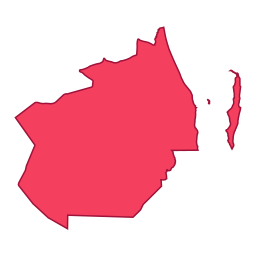 Inhassoro, Inhambane, Mozambique
{"feature_id": "85939544B58581363474884", "entity_name": "Inhassoro", "entity_type": "district", "adm_level": 2, "iso_a3": "MOZ", "parent_name": "Mozambique", "parent_adm1": "Inhambane", "projection": "equal_earth", "projection_center": [35.058, -21.718], "detail": "fine", "context": "isolated", "style": "filled", "palette": "rose", "viewbox_px": 256, "rotation_deg": 0, "n_neighbors": 0, "source": "geoboundaries", "source_scale": "gbopen_adm2", "svg_char_len": 5800}
<svg xmlns="http://www.w3.org/2000/svg" viewBox="0 0 256 256"><path d="M15.4,117.6L34.7,144.8L34.8,145.2L34.8,145.8L34.6,146.1L26.5,165.6L25.3,170.7L25.1,171.0L24.7,171.7L18.8,182.8L18.5,184.1L18.4,184.4L18.5,185.0L18.7,185.4L19.1,186.1L33.0,203.7L48.3,217.8L67.5,228.7L67.7,215.2L133.0,217.2L140.5,209.9L143.2,204.4L161.5,186.2L161.2,180.9L160.9,179.8L163.0,179.9L165.2,179.7L165.6,179.2L166.4,178.9L166.6,178.8L166.7,178.7L166.7,178.2L166.5,177.3L166.4,176.9L166.6,176.3L166.4,175.6L166.2,174.1L165.9,173.3L165.9,172.8L166.1,172.3L166.6,171.8L166.9,171.4L166.7,170.4L166.8,169.8L167.0,169.7L167.3,169.8L168.2,170.6L168.7,170.7L169.6,170.6L170.6,170.2L170.9,169.6L171.1,168.7L171.5,168.2L172.1,167.5L172.8,167.3L173.3,166.8L173.8,166.1L174.8,164.5L175.1,163.7L174.9,163.1L175.0,162.8L175.4,162.4L175.4,160.6L175.3,160.1L175.2,159.8L174.9,159.5L174.8,159.1L174.9,158.5L174.9,158.0L174.7,157.6L174.3,157.1L173.4,154.6L173.0,152.3L172.9,151.9L172.7,151.4L171.8,150.4L198.0,150.2L197.9,149.8L197.5,149.2L197.5,148.8L197.6,147.1L197.7,146.7L197.7,146.3L197.3,146.1L197.2,145.8L197.0,145.4L197.0,144.9L196.7,143.6L196.5,142.0L197.0,135.7L197.4,133.9L197.5,133.9L197.7,133.0L197.8,132.7L197.8,132.3L197.5,131.0L197.0,129.9L196.3,129.3L196.2,128.8L196.1,128.7L195.9,128.2L195.1,127.8L194.9,127.3L194.8,126.7L194.9,126.0L194.9,125.9L194.8,126.1L194.7,126.0L194.5,125.3L194.6,124.3L194.8,122.9L194.8,121.9L195.0,121.4L194.9,120.0L195.4,117.6L195.5,116.4L195.6,115.2L195.6,113.3L195.5,111.9L195.6,111.4L195.9,110.6L195.9,110.3L195.6,109.4L195.7,108.8L195.7,108.5L195.8,107.9L196.2,107.8L196.3,107.7L195.8,107.6L195.4,107.2L195.3,106.9L195.3,106.6L195.3,106.4L195.5,106.1L195.5,105.9L194.2,104.7L193.5,103.2L192.4,99.2L192.1,94.9L191.8,94.5L190.9,92.2L190.0,90.8L184.8,84.4L183.6,82.5L181.2,77.6L179.7,73.5L179.0,71.9L174.1,61.3L171.1,54.3L168.9,48.9L167.3,43.7L165.9,38.6L165.0,34.3L163.7,27.3L162.2,27.8L160.1,28.1L159.6,28.4L159.3,28.7L159.2,29.6L158.4,29.5L158.2,29.7L158.4,30.4L158.0,31.0L158.0,31.3L158.1,31.5L158.0,31.8L158.0,32.5L157.7,32.6L157.3,32.6L157.2,32.6L157.1,32.8L157.3,33.1L157.3,33.5L157.2,33.6L157.1,34.1L156.9,34.4L157.0,34.7L156.6,35.0L156.5,35.3L156.6,36.3L156.4,36.4L156.4,36.8L156.1,36.6L155.9,36.8L156.1,37.5L155.9,37.9L155.7,38.2L155.2,38.3L155.1,38.8L154.9,39.3L155.0,39.7L155.2,39.9L155.4,40.4L155.6,41.3L155.5,42.1L155.5,42.7L155.4,43.3L154.7,44.0L154.8,44.9L153.7,45.1L153.0,45.0L151.5,44.0L148.9,42.8L148.8,42.6L146.4,42.0L142.8,41.2L139.9,40.2L139.0,39.3L138.7,39.2L138.2,39.1L137.9,39.3L137.6,40.0L137.2,42.3L137.1,44.0L137.2,46.3L137.1,49.2L136.7,54.8L136.4,55.0L133.3,56.1L132.3,56.6L129.7,58.2L126.7,59.5L122.7,60.7L120.9,60.9L119.9,61.3L118.2,62.3L116.1,62.8L114.8,62.8L113.7,62.7L111.7,61.9L108.7,61.2L106.8,60.7L105.8,60.2L105.1,59.5L104.7,58.6L104.4,58.4L103.9,58.4L103.4,59.7L103.2,60.7L102.9,61.3L102.3,61.9L101.8,62.3L100.7,62.9L99.5,63.4L96.4,64.0L93.1,65.0L89.8,66.2L88.0,67.4L85.6,68.5L84.7,68.8L83.3,69.3L82.3,69.6L80.6,69.8L80.0,69.9L79.7,70.1L79.6,70.4L79.6,71.3L79.9,71.6L80.6,72.0L81.8,72.3L83.2,73.4L84.6,74.8L85.4,75.4L85.8,75.7L88.7,77.8L90.4,78.8L92.9,80.5L93.0,81.0L93.0,81.5L92.7,84.1L92.5,86.3L92.3,86.6L91.9,87.0L91.6,87.1L67.4,93.9L65.8,93.9L64.3,94.4L63.4,94.9L63.3,95.1L56.0,101.9L55.7,102.2L54.4,102.9L53.4,103.3L51.8,103.6L51.0,103.7L50.0,103.7L48.1,103.5L45.7,103.4L42.9,103.6L40.5,103.3L38.2,102.6L37.1,102.4L36.3,102.4L35.5,102.5L34.8,102.8L15.4,117.6ZM232.2,70.8L231.3,70.4L230.8,70.3L230.4,70.6L231.1,70.6L231.4,70.8L231.9,71.1L232.6,71.9L233.9,72.4L234.3,72.8L234.6,73.0L235.3,73.1L235.6,73.5L236.3,73.9L236.6,74.3L236.9,75.2L237.0,76.4L236.8,76.9L236.5,77.2L235.5,78.0L235.3,78.5L235.3,80.0L235.4,82.3L235.3,82.7L235.1,83.1L234.5,85.2L234.1,85.7L233.7,86.1L233.3,86.9L233.3,87.2L233.4,88.2L233.7,89.0L233.7,90.1L234.3,93.8L234.3,94.7L234.2,95.9L234.4,97.5L234.4,98.0L234.2,98.3L233.8,98.2L233.6,98.2L233.5,98.5L233.4,99.1L233.4,99.8L233.7,101.3L233.7,103.6L233.4,104.1L233.3,104.8L232.8,105.2L232.3,106.6L231.7,107.9L230.8,108.8L228.3,111.0L228.0,111.5L227.3,112.0L227.2,112.2L227.7,112.7L227.9,113.3L227.8,113.9L228.2,114.6L228.3,115.2L228.8,115.7L228.9,116.0L229.1,117.0L229.4,117.5L229.4,118.1L229.7,118.7L229.6,119.6L229.8,120.0L229.8,120.8L229.9,121.4L230.4,122.7L230.5,123.6L230.5,124.5L230.2,125.4L229.3,127.1L227.7,129.2L226.9,129.8L226.4,129.8L226.1,130.3L226.0,130.6L226.3,131.2L226.7,131.5L227.2,132.2L227.6,133.0L228.0,134.4L228.0,134.9L227.9,135.6L228.0,136.0L228.3,136.4L228.5,137.8L228.7,138.3L228.7,138.6L228.5,138.9L228.6,139.4L228.5,139.7L228.3,139.9L227.9,140.1L227.8,140.4L227.9,140.8L228.3,141.4L228.4,142.1L229.1,142.8L229.5,143.6L229.6,144.2L229.9,144.8L230.4,145.5L231.0,146.8L231.3,147.8L232.0,149.0L232.5,148.1L232.8,147.4L233.5,146.2L233.7,145.6L233.7,144.8L233.6,144.2L233.5,143.8L233.2,143.3L233.0,142.5L232.9,141.6L233.0,139.5L233.1,138.6L233.2,136.9L233.4,135.6L233.8,133.7L234.2,132.6L234.4,131.6L235.0,130.8L235.2,130.3L235.4,129.4L235.6,129.1L236.1,128.0L236.8,126.1L237.8,123.7L237.9,122.2L237.9,120.9L238.3,118.3L239.0,115.0L239.0,114.5L240.3,109.8L240.5,108.6L240.6,108.0L240.6,107.5L240.4,107.4L239.8,107.6L239.1,106.7L238.7,105.7L238.6,104.7L238.7,103.8L239.3,101.7L239.3,101.0L239.3,100.5L239.9,98.6L239.5,96.8L239.5,94.7L239.8,93.1L239.9,92.0L240.4,88.1L240.6,87.0L240.6,86.5L240.2,86.2L239.9,85.5L239.9,83.1L239.9,81.2L239.9,80.0L239.9,78.8L239.8,78.3L239.1,77.3L238.6,76.4L237.9,73.6L237.5,73.3L237.2,73.1L236.8,73.2L236.5,73.4L236.1,73.4L234.7,72.5L233.1,71.7L232.2,70.8ZM209.5,103.6L209.4,103.0L209.6,101.3L209.5,101.0L208.8,100.2L207.8,99.6L207.7,99.7L207.9,100.0L208.0,100.5L208.5,100.7L208.8,101.0L209.0,101.2L209.1,101.6L209.1,101.8L208.8,102.1L208.8,102.6L208.6,103.0L208.6,103.4L209.0,103.4L209.1,103.7L209.3,103.7L209.5,103.6Z" fill="#f43f5e" stroke="#9f1239" stroke-width="1.5"/></svg>